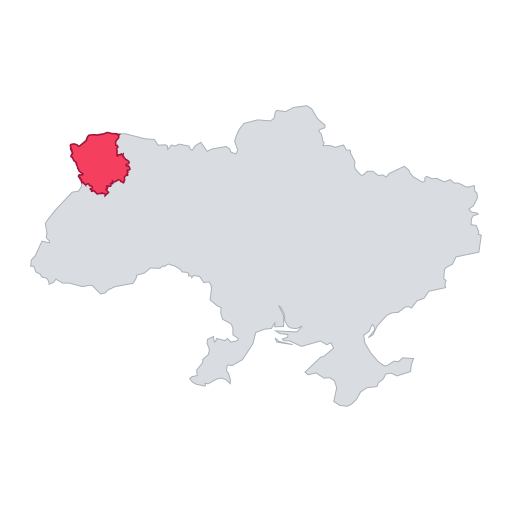 Volyn highlighted on a map of Ukraine
{"feature_id": "UKR-318", "entity_name": "Volyn", "entity_type": "Region", "adm_level": 1, "iso_a3": "UKR", "parent_name": "Ukraine", "parent_adm1": "", "projection": "albers", "projection_center": [25.131, 51.122], "detail": "fine", "context": "in_parent", "style": "filled", "palette": "rose", "viewbox_px": 512, "rotation_deg": 0, "n_neighbors": 0, "source": "natural_earth", "source_scale": "10m", "svg_char_len": 8940}
<svg xmlns="http://www.w3.org/2000/svg" viewBox="0 0 512 512"><path d="M370.7,353.0L378.3,361.7L384.2,365.8L386.9,365.7L393.8,361.2L398.7,361.6L402.5,357.9L413.6,358.5L411.2,365.1L410.6,371.6L397.0,375.9L391.3,373.1L385.8,374.0L383.3,378.9L378.3,382.8L377.0,386.5L367.0,387.7L360.7,391.8L356.5,399.3L351.4,404.3L347.1,406.3L339.9,405.4L333.8,401.5L336.7,387.6L334.3,380.6L329.6,377.7L324.0,378.1L316.2,373.0L308.0,374.7L305.0,372.1L320.5,357.3L324.1,356.2L333.5,348.2L331.0,342.8L326.8,344.7L320.3,341.0L301.6,346.4L289.3,340.9L283.8,340.6L282.3,339.1L287.7,337.1L287.9,334.5L280.1,333.7L275.6,330.9L297.0,331.9L302.2,326.0L296.5,328.6L290.5,327.9L288.1,326.4L285.0,321.3L284.2,313.8L280.9,307.4L278.7,305.5L283.7,316.0L283.6,326.5L274.7,326.8L275.1,322.4L271.4,328.4L264.4,329.2L255.7,332.6L252.9,343.7L242.4,359.7L232.1,365.6L228.4,364.9L227.0,366.2L226.5,370.9L228.5,373.1L230.5,380.5L230.1,383.7L226.2,379.7L221.7,378.1L216.8,379.0L208.2,383.8L205.1,383.2L205.5,385.3L204.7,386.1L196.3,384.2L192.6,382.3L189.6,378.5L192.1,376.6L197.2,375.6L196.7,370.0L202.7,362.6L202.8,359.4L208.2,354.8L209.5,349.9L207.1,343.0L207.6,339.3L213.5,336.5L214.3,342.0L215.6,341.4L216.7,338.5L225.1,340.6L227.4,338.5L231.0,342.1L237.2,340.6L238.6,338.8L232.9,334.8L232.9,327.7L230.9,323.8L222.6,319.2L220.7,313.0L221.1,307.6L216.9,305.6L210.1,299.8L211.5,288.9L210.9,284.8L208.9,281.8L203.8,282.6L199.6,276.4L193.4,275.5L191.8,277.8L190.7,275.7L188.6,275.9L188.6,273.3L187.1,272.4L182.0,271.9L180.6,269.5L174.9,266.1L168.0,264.0L164.4,266.5L162.7,265.9L160.0,268.3L150.3,268.0L144.6,272.9L136.7,275.2L136.0,278.7L133.1,283.3L115.3,286.6L107.8,290.0L105.3,292.9L100.6,294.0L92.6,285.8L90.2,285.2L82.3,286.6L69.4,283.1L62.7,283.1L55.9,279.2L53.7,282.2L49.1,284.3L48.7,281.2L46.5,278.1L41.8,277.0L40.3,274.2L36.0,272.1L33.8,266.3L30.7,266.2L31.3,260.0L35.3,255.7L41.9,241.2L49.4,242.7L49.6,241.1L46.2,237.6L47.0,232.9L45.3,223.5L46.8,221.0L55.3,210.1L72.2,192.2L78.6,191.1L81.5,186.5L81.7,183.2L79.0,176.7L82.1,174.5L81.8,173.5L79.2,170.8L76.4,163.7L71.8,156.6L72.2,153.4L70.5,148.6L70.7,145.1L75.0,144.2L78.8,146.2L83.0,143.3L88.6,135.6L105.2,133.3L125.5,133.8L145.5,138.9L154.3,139.4L158.1,145.2L165.3,144.8L167.4,145.9L167.8,149.5L171.4,145.0L175.1,146.1L179.1,144.1L189.0,146.1L190.4,149.4L192.4,150.1L195.0,145.9L200.8,142.3L207.1,151.3L211.9,149.0L226.2,146.5L229.9,149.2L230.7,152.0L235.9,153.9L237.7,150.3L234.7,141.3L235.6,137.7L239.1,129.6L243.9,123.4L257.6,119.9L270.6,120.9L274.1,118.1L275.4,111.9L276.9,110.4L285.8,111.6L293.4,107.5L306.9,105.7L311.7,108.8L317.4,118.5L325.0,125.2L324.9,127.7L319.0,129.9L319.0,131.2L321.4,134.4L323.0,141.5L324.2,142.3L323.1,145.7L329.8,145.5L335.4,147.3L343.5,145.0L346.5,150.1L350.2,150.2L350.8,153.8L355.0,161.8L354.4,166.3L355.3,169.0L360.5,174.8L362.6,175.4L367.4,171.2L373.0,171.4L378.3,175.6L382.9,174.9L386.2,177.1L389.1,173.5L404.3,166.3L408.9,170.2L410.0,173.0L413.0,176.6L422.5,182.2L424.8,181.1L425.0,177.7L426.8,176.3L432.0,178.8L436.8,178.3L444.3,181.9L450.3,179.6L454.2,183.2L458.2,183.0L467.0,187.3L474.3,185.6L474.8,191.2L477.0,193.2L477.5,197.6L473.5,205.7L469.0,208.9L471.3,212.0L477.6,213.2L478.2,214.2L473.1,215.8L471.4,218.8L471.1,224.6L476.2,225.5L478.9,232.0L478.3,234.4L481.3,235.1L478.9,252.1L456.0,256.9L452.6,264.1L446.1,267.5L444.4,269.8L443.8,279.1L446.1,280.4L444.8,284.5L445.7,287.6L428.6,291.3L424.3,298.1L417.0,300.8L411.5,308.0L408.4,306.6L405.1,307.1L398.5,312.2L391.8,312.9L386.9,315.2L377.1,326.0L373.0,334.7L368.4,337.7L374.5,330.2L374.3,326.8L372.3,324.4L368.9,331.5L363.6,335.2L364.8,342.8L370.7,353.0ZM292.7,344.6L276.8,342.1L275.0,337.9L278.8,341.4L292.7,344.6Z" fill="#d9dde1" stroke="#a8b0b8" stroke-width="1"/><path d="M108.0,132.5L112.0,133.6L116.6,133.7L116.7,134.3L117.0,134.5L119.1,134.7L119.3,134.7L119.2,134.8L118.8,135.1L118.6,135.3L118.5,135.5L118.5,135.9L118.6,136.2L118.8,137.0L118.7,137.6L118.5,138.0L118.2,138.5L117.2,139.4L116.0,141.1L115.8,141.5L115.7,142.1L115.6,142.9L115.6,143.5L115.7,144.3L115.7,144.8L115.7,145.0L115.8,145.2L115.8,145.3L116.1,145.4L116.4,145.5L116.9,145.4L116.9,145.5L117.0,145.9L117.1,146.0L117.6,146.2L117.8,146.3L117.9,146.5L117.9,147.0L117.7,147.4L117.6,147.6L117.2,147.9L117.0,148.1L116.9,148.3L116.8,148.5L116.7,148.7L116.7,149.3L116.7,149.5L116.8,149.8L117.1,150.8L117.1,151.3L117.1,151.6L117.0,152.3L117.0,152.8L117.0,153.1L117.0,153.5L116.8,155.1L116.9,155.4L117.1,155.8L117.3,156.0L117.5,156.0L117.7,155.9L117.8,155.8L117.9,155.4L118.0,155.1L118.4,154.8L118.7,154.7L119.0,154.7L119.3,154.7L119.6,154.7L120.1,154.9L120.3,154.9L120.6,154.8L120.7,154.6L121.0,154.0L121.1,153.9L121.3,153.9L121.4,154.0L121.5,154.2L121.7,154.4L121.9,154.5L122.0,154.6L122.4,154.6L122.6,154.5L123.2,154.0L123.2,154.5L123.0,155.3L122.9,155.7L122.9,156.0L123.0,156.4L123.2,156.6L124.0,157.0L124.1,157.7L124.2,157.8L124.4,158.0L125.1,158.6L125.5,159.1L125.7,159.4L125.8,159.5L127.7,160.4L128.9,161.6L129.0,161.7L129.1,162.0L129.0,162.6L129.0,162.8L128.9,163.1L128.7,163.5L128.2,163.9L126.6,164.2L126.4,164.3L126.4,164.5L126.3,165.6L126.3,165.8L127.1,166.2L127.3,166.2L127.7,165.9L127.9,165.9L128.2,165.8L128.4,166.0L128.6,166.1L129.0,166.6L129.4,167.2L129.5,167.5L129.6,167.9L129.8,168.2L129.8,168.4L129.9,169.2L129.9,169.4L129.8,169.5L129.5,169.8L129.1,170.0L127.4,170.2L127.2,170.3L127.1,170.5L127.0,170.8L127.1,171.1L127.6,171.4L127.9,171.8L128.0,171.9L128.0,172.0L128.0,172.5L127.2,173.4L126.9,173.8L126.9,174.1L127.0,174.3L127.6,174.6L127.8,174.8L127.8,175.0L127.6,175.2L127.4,175.4L127.2,175.4L126.6,175.3L126.3,175.3L126.1,175.4L125.1,176.3L124.8,176.5L124.7,176.6L124.6,176.9L124.5,177.2L124.5,178.8L124.6,179.8L124.6,180.1L124.6,180.3L124.4,180.7L124.3,180.9L124.1,181.2L124.0,181.3L123.8,182.6L123.7,182.7L123.6,182.8L123.4,182.8L123.0,182.7L122.8,182.5L122.3,182.0L122.0,181.8L120.9,181.6L120.8,181.4L120.8,181.2L120.7,181.0L120.2,180.4L119.9,180.0L119.7,180.0L119.4,179.9L118.2,179.9L117.7,180.2L117.2,180.6L116.2,181.1L115.4,181.4L114.7,181.9L114.4,181.9L114.2,182.0L113.6,181.8L113.1,181.6L112.8,181.4L112.5,181.1L112.4,181.0L112.3,181.4L112.4,181.8L112.3,182.1L112.1,182.4L112.1,182.7L112.1,182.8L112.8,183.3L112.9,183.5L112.6,183.7L110.7,183.4L110.6,183.5L110.5,183.9L110.5,184.0L110.8,184.6L110.9,184.9L111.0,185.1L111.0,185.4L111.0,185.6L110.9,185.8L110.8,186.0L110.5,186.2L110.1,186.3L108.3,186.2L107.2,185.8L106.9,185.9L106.8,186.0L106.6,186.3L106.5,186.5L106.6,186.8L107.4,187.5L107.6,187.7L107.7,187.8L107.3,188.6L107.1,188.9L106.9,189.1L106.7,189.2L106.1,189.1L105.9,189.1L105.8,189.3L105.9,189.5L106.4,190.0L106.8,190.3L107.0,190.6L107.7,191.7L107.9,191.9L108.3,192.0L108.5,192.1L108.5,192.4L108.5,192.6L108.3,192.8L108.0,193.0L107.5,193.1L107.4,193.3L107.1,193.7L106.6,194.3L105.1,195.7L105.2,194.6L105.1,194.2L105.0,193.9L104.9,193.8L104.6,193.6L104.4,193.6L103.7,193.7L103.2,193.5L102.5,193.0L102.1,192.9L101.9,192.8L101.8,193.1L101.9,193.5L101.7,193.6L101.4,193.6L99.9,193.4L99.3,193.5L99.1,193.6L98.6,193.8L98.4,193.9L98.0,193.9L96.8,193.8L96.6,193.7L96.4,193.6L96.3,193.3L96.4,193.0L96.2,192.8L96.0,192.5L95.0,191.9L94.8,191.7L94.8,191.3L94.7,191.1L94.4,191.0L93.6,191.0L93.4,190.9L93.1,190.4L93.0,190.2L92.8,190.2L92.7,190.2L92.6,190.4L92.5,190.5L92.5,191.0L92.4,191.2L92.3,191.3L92.1,191.4L91.8,191.4L91.6,191.3L91.5,191.2L91.6,190.5L91.5,190.2L91.4,190.1L90.4,189.3L90.2,189.1L90.2,188.9L90.3,188.8L90.3,188.7L90.5,188.6L91.8,188.3L92.0,188.2L92.3,187.8L92.4,187.5L92.4,187.4L92.3,187.1L92.2,186.9L91.5,186.1L91.2,185.9L90.8,185.9L90.4,186.0L90.2,186.0L89.9,185.9L89.2,185.2L89.1,184.8L89.1,184.6L89.0,184.4L88.6,183.9L88.3,183.7L88.1,183.6L87.8,183.6L87.7,183.6L87.6,183.8L87.4,184.0L87.1,184.2L86.6,184.3L86.3,184.4L86.0,184.5L85.6,184.6L85.6,184.9L85.4,184.6L84.9,184.5L84.6,184.3L84.4,184.0L84.3,183.7L84.1,183.4L83.7,183.2L83.4,182.4L83.1,182.2L82.7,182.2L82.4,182.3L82.2,182.4L82.0,182.7L81.4,181.2L81.2,180.4L81.4,179.6L80.7,179.4L80.1,179.0L79.8,178.4L80.1,177.7L79.4,177.4L78.8,177.1L78.5,176.6L78.5,175.9L78.8,175.2L79.3,174.8L80.0,174.7L80.6,175.1L81.1,174.9L81.9,174.9L82.7,174.8L83.0,174.1L82.7,173.6L80.7,172.5L79.1,170.9L78.7,170.3L78.6,169.8L78.6,169.5L78.5,169.2L78.2,168.8L78.0,168.6L77.7,168.4L77.6,168.0L77.6,167.7L77.3,166.1L77.1,165.6L76.5,164.6L76.2,163.9L76.3,163.5L76.7,163.3L76.4,162.9L75.3,161.7L74.1,160.9L73.6,160.2L72.3,157.3L71.9,157.0L71.4,157.0L71.1,156.8L70.9,156.0L71.1,155.5L71.4,154.9L71.8,154.5L72.3,154.3L72.1,153.8L72.2,153.4L72.4,153.1L72.6,153.0L72.5,152.6L71.5,151.1L71.5,150.9L71.9,150.1L71.5,149.9L71.1,149.7L70.7,149.4L70.6,148.9L70.6,148.7L70.8,148.8L71.0,148.7L71.1,148.1L71.0,147.8L70.4,145.9L70.3,145.6L70.3,145.3L70.6,144.8L70.9,144.6L71.2,144.4L73.5,143.9L74.0,143.9L75.7,144.4L76.3,144.5L77.2,144.9L77.9,145.7L78.5,146.3L79.5,146.2L83.1,143.1L85.8,141.2L86.5,140.3L87.1,137.8L87.4,137.1L88.3,135.8L88.8,135.3L89.3,135.1L95.2,134.7L96.6,135.1L97.1,135.1L103.7,134.0L105.9,132.9L106.9,132.6L108.0,132.5Z" fill="#f43f5e" stroke="#9f1239" stroke-width="1.5"/></svg>